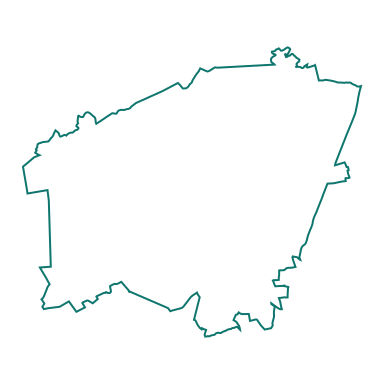 Damascus, Damascus, Syria (orthographic projection)
{"feature_id": "27442178B22471987034404", "entity_name": "Damascus", "entity_type": "district", "adm_level": 2, "iso_a3": "SYR", "parent_name": "Syria", "parent_adm1": "Damascus", "projection": "orthographic", "projection_center": [36.287, 33.515], "detail": "fine", "context": "isolated", "style": "outline", "palette": "teal", "viewbox_px": 384, "rotation_deg": 0, "n_neighbors": 0, "source": "geoboundaries", "source_scale": "gbopen_adm2", "svg_char_len": 5822}
<svg xmlns="http://www.w3.org/2000/svg" viewBox="0 0 384 384"><path d="M186.0,88.3L183.7,88.5L183.2,88.5L182.4,88.0L180.1,85.1L177.9,83.0L162.5,91.1L136.0,103.0L131.1,106.8L130.1,108.2L129.2,108.6L128.4,108.9L126.6,109.2L124.4,109.9L123.7,110.0L121.2,109.8L118.7,110.5L118.2,110.9L117.3,112.2L116.6,113.4L116.5,113.5L116.1,113.7L115.9,113.8L112.6,113.2L112.1,113.3L105.1,117.9L104.9,118.1L96.3,123.8L96.0,123.2L95.8,122.6L95.5,119.5L95.0,118.0L94.6,117.2L93.0,116.0L90.5,113.7L89.4,112.9L88.1,112.3L86.7,112.4L85.8,112.9L85.0,113.7L84.3,114.6L84.1,114.9L83.6,116.3L83.0,116.9L82.4,117.1L81.3,117.0L80.2,116.7L79.5,116.3L78.9,115.8L78.6,115.7L78.2,116.0L77.6,121.0L77.6,121.9L78.1,123.3L76.7,124.9L76.4,126.1L78.3,127.7L78.4,128.7L77.2,129.8L75.3,130.3L73.9,131.5L73.1,132.4L72.0,132.7L70.9,132.6L69.1,133.2L67.4,134.3L66.3,135.6L65.4,135.1L64.2,135.0L63.1,135.5L61.9,136.1L60.8,136.6L60.0,136.4L59.3,135.1L58.6,132.9L55.5,130.4L54.1,133.1L53.1,135.7L52.1,137.0L50.1,139.1L49.4,140.4L48.2,141.5L42.7,142.1L40.4,143.0L38.8,143.4L37.7,144.3L37.3,145.7L37.2,147.4L36.7,148.0L35.9,149.4L36.7,150.3L35.2,152.7L37.9,154.4L39.5,155.2L34.1,157.3L24.8,165.2L24.3,165.5L23.0,166.7L27.0,190.0L27.5,193.5L47.5,190.1L48.8,200.6L50.8,266.7L39.9,267.5L40.8,269.1L46.0,277.7L49.6,284.3L48.1,286.2L47.6,287.0L44.6,294.7L43.6,296.9L43.2,297.6L41.5,299.4L42.4,300.3L42.7,301.1L44.3,303.4L44.2,303.7L42.4,306.9L43.8,309.1L48.2,308.2L59.6,306.8L68.9,301.4L76.4,311.8L85.0,307.4L82.4,303.1L82.4,302.8L82.6,302.5L86.8,300.6L87.6,300.5L88.4,300.7L92.7,303.3L97.8,299.0L96.5,296.9L96.4,296.6L96.6,296.3L104.1,292.8L104.6,292.8L105.1,293.0L106.1,292.1L107.8,293.0L110.0,292.9L111.0,291.6L110.0,286.2L111.4,285.3L114.3,283.9L115.9,284.0L116.7,284.0L117.5,283.8L118.6,283.3L121.2,281.8L121.4,281.9L122.4,283.2L123.4,284.3L129.3,291.1L129.0,291.6L129.4,291.9L129.8,291.6L168.0,308.1L170.3,311.2L171.1,310.9L172.7,310.4L181.4,308.1L182.5,307.5L183.7,306.3L185.8,303.6L190.7,297.2L191.2,296.7L192.6,295.5L197.0,292.6L197.5,294.0L199.1,296.4L199.7,297.2L194.0,319.8L194.9,320.0L195.6,320.7L196.0,321.5L197.3,324.2L197.9,325.3L199.9,328.0L200.3,328.2L201.6,329.3L201.9,328.2L203.7,329.1L206.1,329.9L205.6,331.5L204.6,334.7L205.2,336.6L206.7,336.5L206.9,336.4L207.9,336.1L209.1,336.4L211.0,335.5L214.2,334.9L214.9,334.5L215.4,333.9L216.1,333.3L216.9,333.0L218.5,332.7L219.5,333.0L220.9,333.0L221.3,332.8L222.6,331.9L225.8,330.7L227.7,329.6L229.1,329.2L230.8,329.0L231.3,328.8L231.6,328.5L232.3,328.1L233.2,327.9L234.3,327.8L235.2,327.4L236.5,326.8L236.9,326.9L237.3,327.0L240.0,329.7L239.7,327.8L239.0,325.8L238.6,325.2L237.4,323.5L236.4,321.9L233.5,320.1L235.8,314.9L237.0,314.4L237.5,314.3L238.7,312.4L240.5,313.7L242.5,314.1L248.8,314.0L250.0,320.9L256.0,319.4L257.1,319.8L260.8,325.3L264.7,329.5L271.1,328.2L272.4,326.0L272.7,325.5L272.4,323.1L274.0,316.9L273.9,312.0L274.7,306.4L271.4,304.1L271.3,303.3L276.7,307.2L279.1,308.8L280.3,309.2L281.0,309.3L281.8,309.2L280.9,305.6L280.2,301.7L279.5,299.7L279.2,299.0L278.9,298.0L281.1,297.8L283.6,297.4L284.7,297.3L285.7,297.5L287.6,297.4L287.6,295.3L288.0,288.1L288.4,287.2L288.2,286.9L284.7,286.2L283.9,285.9L284.0,285.6L283.8,285.6L283.7,286.0L281.5,285.9L275.3,286.3L274.3,284.2L273.3,281.3L272.9,280.5L273.7,280.2L274.0,280.1L277.0,280.1L278.8,279.9L278.8,276.7L279.1,276.2L279.2,270.4L283.9,270.2L284.6,269.9L286.1,268.5L286.5,268.3L287.3,268.0L288.7,267.8L291.9,267.7L295.5,267.0L293.5,261.3L292.9,259.3L292.6,257.9L292.4,257.3L292.8,256.4L293.8,256.7L296.0,257.0L296.9,257.2L297.5,257.6L299.4,259.4L300.3,259.8L299.9,258.7L299.5,257.9L299.4,257.5L299.4,256.9L300.3,253.1L300.8,250.0L301.5,248.0L301.9,247.1L302.7,246.0L305.0,244.2L305.5,243.6L305.8,243.0L306.9,240.0L307.8,236.0L310.4,229.2L311.2,227.7L311.4,227.0L312.6,223.6L312.7,222.3L313.1,220.3L313.9,217.7L314.7,215.8L316.2,212.6L319.8,203.4L321.6,199.0L323.4,194.0L327.5,183.6L333.5,183.3L342.1,181.5L345.7,181.1L345.4,178.4L345.5,178.2L346.7,178.1L348.4,178.1L348.9,178.0L349.5,177.6L349.4,177.2L348.0,173.5L347.8,171.9L347.5,170.7L348.6,170.3L348.7,170.1L348.0,167.1L347.7,166.9L346.9,167.1L346.6,167.0L345.5,164.2L344.6,162.4L335.1,165.3L335.5,163.0L346.9,134.0L351.6,122.6L354.9,114.3L355.6,111.8L356.8,105.8L357.7,101.3L358.3,97.1L358.6,96.0L359.4,92.0L361.0,86.1L358.9,86.6L357.1,86.4L355.7,85.4L355.0,85.0L354.3,84.9L352.2,83.9L351.3,83.3L350.8,82.8L350.1,82.6L349.5,82.5L348.7,82.7L345.7,82.5L344.6,82.8L343.9,82.8L341.9,82.6L337.9,82.5L337.2,82.3L334.5,81.4L333.3,81.2L330.4,80.5L328.5,80.3L327.1,80.0L326.3,79.9L325.0,79.9L322.7,80.5L321.0,80.4L318.9,80.5L315.2,65.5L315.0,65.0L314.1,65.6L307.9,67.5L307.5,67.5L307.2,67.4L306.8,66.9L306.7,66.9L307.2,64.5L304.4,66.2L303.5,67.7L302.0,68.1L301.0,67.4L299.8,66.9L297.3,66.8L295.5,67.2L296.3,66.5L297.0,65.9L297.0,65.4L296.5,64.3L296.6,63.8L297.2,63.0L297.6,62.6L299.0,61.5L299.3,61.1L299.2,60.0L299.4,59.6L296.8,57.9L296.2,57.6L295.9,57.0L295.3,56.3L294.9,56.2L294.3,55.8L293.1,54.3L292.6,54.1L292.1,53.9L291.0,54.4L290.1,55.4L289.6,55.7L288.8,55.8L287.7,56.3L287.5,56.6L286.1,57.1L285.8,56.5L285.9,55.9L285.2,55.0L285.0,54.6L285.2,54.2L285.5,54.1L286.7,54.9L287.6,54.2L288.4,53.0L289.1,51.8L289.8,50.0L290.2,49.5L290.0,48.9L289.2,48.2L288.6,47.7L287.6,47.4L286.2,48.1L284.1,49.6L282.5,50.5L281.6,50.7L280.9,50.6L280.4,50.1L280.0,49.5L279.3,49.0L278.8,48.4L277.8,49.0L276.0,49.6L275.4,50.7L274.6,51.1L271.9,51.7L271.9,52.6L272.6,53.4L273.5,54.0L275.0,54.3L275.5,54.7L275.5,55.2L274.6,55.9L273.3,56.5L271.7,57.8L271.1,58.8L271.0,60.1L271.3,62.0L274.0,64.0L274.5,64.6L217.4,67.7L215.4,67.4L215.0,67.4L214.5,67.6L209.5,70.8L208.2,71.3L207.4,71.5L205.2,70.6L201.7,69.0L200.2,68.4L199.0,70.8L198.6,71.5L197.2,73.2L196.0,74.8L194.0,77.9L192.4,80.7L192.2,81.2L192.1,81.9L191.7,82.5L189.6,84.5L188.5,86.3L188.0,86.8L187.2,87.6L186.0,88.3Z" fill="none" stroke="#0f766e" stroke-width="2"/></svg>